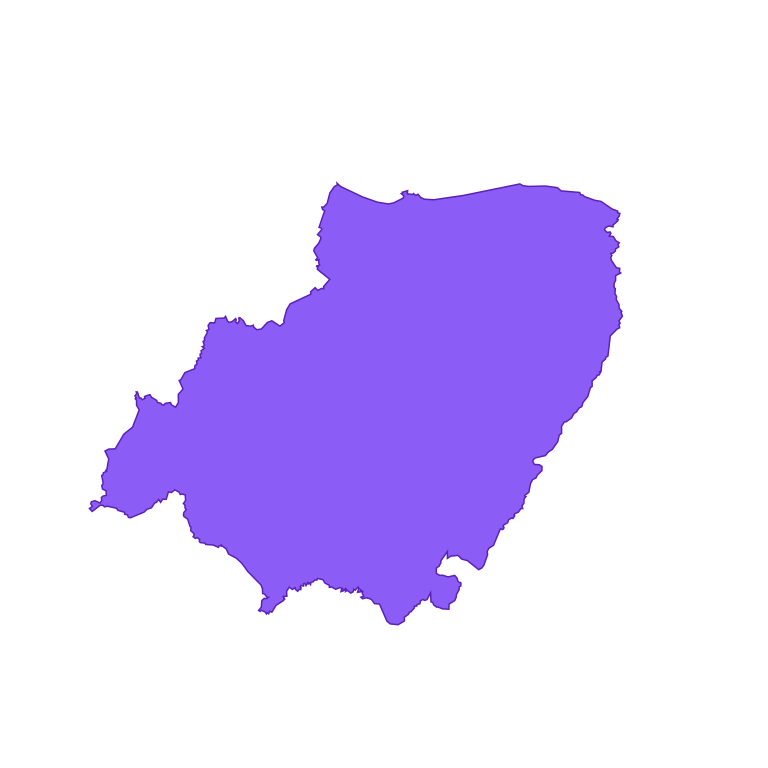 Cabo Corrientes, Jalisco, Mexico (Albers equal-area conic projection), rotated 128°
{"feature_id": "50627088B86222630376242", "entity_name": "Cabo Corrientes", "entity_type": "district", "adm_level": 2, "iso_a3": "MEX", "parent_name": "Mexico", "parent_adm1": "Jalisco", "projection": "albers", "projection_center": [-105.39, 20.333], "detail": "fine", "context": "isolated", "style": "filled", "palette": "violet", "viewbox_px": 768, "rotation_deg": 128, "n_neighbors": 0, "source": "geoboundaries", "source_scale": "gbopen_adm2", "svg_char_len": 6171}
<svg xmlns="http://www.w3.org/2000/svg" viewBox="0 0 768 768"><g transform="rotate(128 384 384)"><path d="M472.0,195.0L468.5,193.6L464.7,193.9L454.7,197.3L452.4,199.6L448.9,200.2L443.6,198.4L427.0,203.0L426.1,202.8L425.9,201.1L424.4,200.6L423.1,201.2L422.9,202.4L421.0,202.8L417.3,201.2L414.1,202.2L410.9,200.8L410.6,199.6L407.4,199.8L407.2,200.9L405.8,201.1L402.2,199.2L398.0,199.5L396.8,198.0L395.0,200.3L392.0,200.3L388.2,202.9L385.7,202.9L386.2,203.4L385.2,204.5L380.2,203.2L372.1,207.3L367.7,208.0L364.6,206.4L361.4,207.1L355.1,206.2L351.7,208.7L352.0,212.0L354.8,215.9L353.8,218.5L352.1,219.8L349.0,219.2L341.1,212.8L336.2,212.6L331.8,211.1L322.5,211.6L316.4,214.4L313.5,213.7L308.1,218.0L302.9,218.6L301.4,217.1L295.2,215.3L290.3,216.2L287.7,215.2L282.4,215.4L280.1,214.2L276.1,215.8L268.5,215.7L259.8,219.1L257.8,218.5L253.4,221.9L248.2,220.8L245.9,221.4L244.5,220.1L241.6,220.5L241.5,221.5L240.3,220.8L232.5,225.7L228.2,224.8L226.2,225.6L224.2,224.7L206.8,235.3L196.9,234.1L194.6,232.9L192.5,235.6L190.7,235.3L189.7,237.7L183.7,237.9L181.5,241.4L180.3,241.4L179.7,245.1L176.6,247.9L174.6,252.9L171.9,254.6L170.5,257.7L166.4,260.5L166.3,262.0L163.3,264.5L159.7,265.3L156.0,268.2L150.8,265.8L150.9,267.3L147.7,269.4L149.3,272.4L146.6,280.8L144.6,283.3L142.5,283.5L141.5,285.6L139.6,284.0L136.8,283.5L135.1,284.7L131.4,283.4L129.8,285.7L127.9,285.6L128.3,289.6L126.6,294.1L128.8,297.6L125.6,297.9L125.0,299.4L127.2,301.7L126.8,305.2L125.1,305.8L121.2,304.3L119.1,300.3L117.7,301.4L111.7,300.2L110.3,300.6L110.7,302.1L106.8,302.0L104.4,303.2L105.2,305.3L103.9,306.3L105.7,312.1L106.5,325.4L109.4,330.8L112.9,341.3L112.7,343.9L113.8,345.5L112.6,347.7L122.8,363.4L122.5,368.2L128.5,378.5L139.5,392.0L142.2,396.7L142.7,400.1L186.3,437.3L208.1,458.1L213.5,465.9L214.4,470.0L213.5,474.0L215.8,475.0L215.8,478.0L217.0,478.0L219.8,482.8L217.1,484.4L221.6,487.6L222.0,486.9L223.3,487.6L223.5,484.2L225.9,483.4L235.3,487.9L239.4,491.3L244.8,501.2L249.8,516.1L255.1,539.9L254.7,544.6L255.9,543.3L258.9,544.7L266.7,544.3L276.6,540.0L281.6,540.4L282.9,541.9L284.3,539.9L283.9,537.5L300.6,531.6L299.8,529.8L300.5,528.1L307.2,528.4L307.1,524.7L308.2,523.3L313.5,522.1L319.8,522.4L322.3,521.3L325.4,513.9L328.1,514.2L328.1,513.2L326.0,511.8L328.4,510.4L330.1,507.8L332.3,509.7L333.0,509.4L332.4,508.1L334.7,507.1L334.9,491.2L344.2,491.6L346.0,490.2L347.0,492.0L350.9,493.8L350.5,497.6L356.3,498.6L358.4,497.0L378.6,507.3L385.2,506.5L395.7,502.1L397.3,500.4L402.5,501.7L403.2,511.3L407.3,513.8L416.1,514.5L419.5,517.6L419.4,521.6L418.1,523.2L420.5,524.7L422.9,528.6L420.7,533.8L420.5,538.6L421.5,539.0L423.0,537.2L426.4,536.6L426.6,539.2L424.5,539.8L423.7,541.2L428.4,542.1L430.8,544.0L430.7,546.1L428.2,550.5L430.4,550.5L435.8,556.8L440.1,555.0L442.7,558.8L446.1,558.7L448.8,555.5L451.2,556.9L451.5,555.5L452.9,554.7L458.2,553.9L460.3,552.2L462.0,552.7L463.6,549.9L465.2,549.3L466.5,550.2L466.5,547.6L470.3,548.6L472.4,546.6L473.6,547.3L475.0,546.3L476.0,544.4L478.1,546.4L479.3,545.0L481.4,545.9L483.4,543.6L485.9,544.3L488.5,542.6L497.6,547.9L506.1,546.7L507.3,547.6L511.7,539.3L518.8,539.7L525.2,534.6L530.5,534.0L531.3,538.7L530.0,540.8L534.0,544.5L536.0,544.5L537.0,546.2L536.6,548.0L538.0,551.3L536.9,553.1L537.6,559.0L536.5,561.9L540.6,564.7L541.5,564.9L542.3,563.5L545.2,564.8L544.7,567.1L545.7,568.1L542.1,573.4L542.8,574.4L543.7,573.0L546.7,572.9L547.6,570.7L548.8,570.9L549.2,569.0L553.2,565.8L555.0,561.0L572.7,555.6L583.7,558.1L600.6,555.9L604.7,560.8L608.6,562.6L612.5,554.8L621.8,549.9L623.3,550.0L623.4,549.0L626.9,550.5L628.3,549.6L630.0,550.1L634.2,545.1L635.8,543.8L637.8,543.9L640.1,541.1L639.3,537.3L642.6,534.3L645.5,536.5L647.4,536.8L649.7,534.7L652.6,534.5L653.9,539.9L656.9,542.1L658.9,541.4L660.0,538.4L663.5,539.5L664.1,535.5L654.0,532.9L652.6,530.5L652.9,528.6L650.6,526.7L646.6,518.3L647.4,515.9L644.8,509.5L646.3,508.2L645.1,505.7L646.4,503.2L645.6,501.5L632.7,494.2L628.7,493.6L624.6,491.0L618.9,491.5L617.4,490.4L613.7,490.5L614.8,487.2L611.0,487.5L608.9,484.6L601.7,487.5L600.4,484.7L596.1,483.6L595.4,479.0L596.5,476.5L595.0,475.3L593.8,472.3L597.9,468.7L601.7,468.5L601.9,466.5L604.5,464.1L604.6,462.6L608.5,462.6L610.7,461.5L611.6,460.0L611.3,455.6L615.8,449.0L615.6,447.9L618.6,446.0L618.8,442.1L619.9,440.6L621.9,440.4L621.8,437.6L620.1,436.7L620.0,433.6L621.7,432.7L622.1,431.2L619.6,427.0L620.2,425.7L616.1,419.6L614.6,413.8L613.0,414.3L611.1,413.0L611.9,412.3L611.2,411.6L611.1,406.7L613.7,401.9L612.2,393.1L612.8,385.6L615.6,375.9L618.1,357.2L620.2,353.7L623.9,350.6L623.1,349.0L624.0,345.3L623.2,343.7L625.6,344.5L626.6,346.4L629.8,347.0L635.4,343.3L639.7,343.4L639.4,341.6L637.7,341.0L636.8,337.2L637.6,335.1L636.2,335.1L636.1,333.4L633.7,334.2L632.8,331.9L624.9,332.8L616.3,329.8L615.1,330.6L614.6,330.0L613.5,332.6L611.0,329.9L607.4,333.1L602.4,333.6L602.3,329.7L599.3,328.6L600.4,327.2L600.5,324.4L598.3,324.6L597.3,323.0L595.5,324.0L595.6,325.3L594.0,325.4L592.7,323.0L590.9,324.5L589.9,323.6L590.9,321.3L587.5,321.8L588.1,320.6L586.8,320.4L587.3,318.4L585.5,319.4L583.1,317.9L581.1,318.0L579.9,316.2L578.2,316.7L575.8,311.7L577.2,307.9L576.3,303.2L577.9,301.9L576.2,300.3L575.5,295.7L571.7,293.5L570.6,291.0L570.9,290.1L571.9,291.1L574.1,290.1L571.3,288.2L568.8,288.5L569.0,287.2L570.9,286.5L569.3,285.9L569.2,281.4L566.8,280.4L564.4,281.5L564.1,279.7L559.8,279.5L560.6,278.1L564.4,276.6L561.8,274.1L560.6,275.9L560.6,273.0L562.4,272.2L563.6,269.4L566.3,271.0L566.4,268.6L563.3,266.3L562.0,263.1L561.6,260.8L562.9,256.3L560.2,252.0L569.1,235.7L569.2,231.4L565.0,224.7L558.1,222.0L555.3,224.4L550.2,222.9L548.1,223.6L547.0,222.5L541.7,222.2L540.5,223.3L538.9,221.5L537.6,222.1L535.0,220.4L532.4,221.8L529.8,220.7L529.6,218.8L527.5,217.4L519.9,218.7L526.8,212.8L526.1,211.2L527.5,208.8L527.4,205.0L526.6,204.5L525.2,199.5L521.5,194.2L517.4,197.2L511.2,194.9L507.2,195.9L505.6,197.2L499.8,198.2L497.6,199.8L495.8,199.2L494.2,200.2L493.3,201.3L494.1,202.6L493.7,204.7L492.0,206.9L491.3,210.4L496.6,214.8L498.7,220.3L500.5,222.2L501.0,226.2L496.8,229.5L493.6,228.4L489.6,229.2L488.6,230.3L477.0,230.9L482.4,226.7L478.5,225.4L473.5,220.1L474.2,215.2L471.8,209.4L472.0,195.0Z" fill="#8b5cf6" stroke="#5b21b6" stroke-width="1.5"/></g></svg>